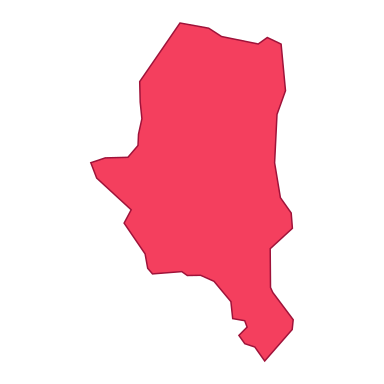 Gaya, Dosso, Niger
{"feature_id": "23599985B94426243670688", "entity_name": "Gaya", "entity_type": "district", "adm_level": 2, "iso_a3": "NER", "parent_name": "Niger", "parent_adm1": "Dosso", "projection": "natural_earth1", "projection_center": [3.47, 12.051], "detail": "fine", "context": "isolated", "style": "filled", "palette": "rose", "viewbox_px": 384, "rotation_deg": 0, "n_neighbors": 0, "source": "geoboundaries", "source_scale": "gbopen_adm2", "svg_char_len": 660}
<svg xmlns="http://www.w3.org/2000/svg" viewBox="0 0 384 384"><path d="M90.8,162.7L96.7,178.1L131.2,209.8L124.1,223.1L145.1,253.9L147.7,268.3L152.5,273.9L181.8,271.6L187.3,275.5L200.6,275.3L214.0,281.3L230.9,301.6L232.7,318.6L244.7,320.7L247.1,327.1L238.9,335.4L244.8,343.7L254.8,347.0L264.7,361.0L292.2,329.5L293.2,319.7L272.8,292.5L270.5,287.5L270.2,248.7L292.4,228.3L291.2,213.0L280.4,197.7L274.6,162.8L277.0,114.4L285.5,90.7L281.1,44.1L267.3,37.5L258.2,44.0L221.5,36.5L208.7,28.2L180.0,23.0L157.2,56.2L139.7,81.6L140.2,102.1L141.9,118.8L138.5,134.2L138.0,145.5L127.9,157.3L105.2,157.9L90.8,162.7Z" fill="#f43f5e" stroke="#9f1239" stroke-width="1.5"/></svg>